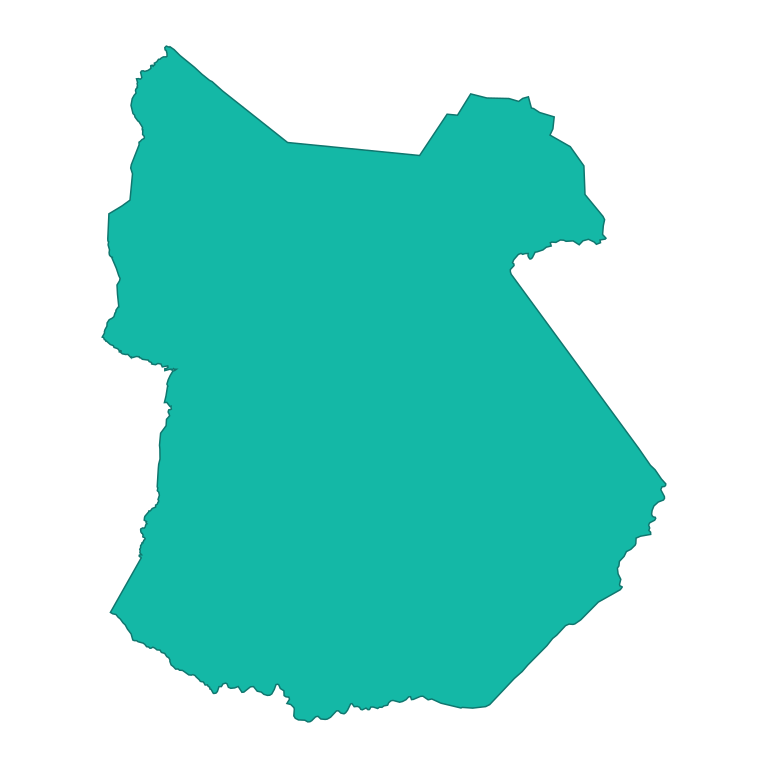 the district of Tapoa, Tapoa, Burkina Faso
{"feature_id": "67063806B60723724569169", "entity_name": "Tapoa", "entity_type": "district", "adm_level": 2, "iso_a3": "BFA", "parent_name": "Burkina Faso", "parent_adm1": "Tapoa", "projection": "mercator", "projection_center": [1.463, 12.115], "detail": "fine", "context": "isolated", "style": "filled", "palette": "teal", "viewbox_px": 768, "rotation_deg": 0, "n_neighbors": 0, "source": "geoboundaries", "source_scale": "gbopen_adm2", "svg_char_len": 6078}
<svg xmlns="http://www.w3.org/2000/svg" viewBox="0 0 768 768"><path d="M141.2,557.9L110.4,612.4L112.7,613.8L116.0,614.5L118.1,617.2L120.2,618.9L123.0,622.8L125.3,625.0L127.4,629.0L131.1,633.9L132.8,640.0L134.2,640.6L136.7,640.7L138.0,641.7L143.1,643.1L144.8,644.3L146.6,646.7L148.5,646.9L149.9,648.2L151.0,648.2L152.8,647.2L154.5,647.9L157.0,649.9L160.0,650.1L161.4,652.4L164.7,653.4L166.8,656.6L168.7,657.7L169.9,659.8L169.9,661.5L171.1,664.9L173.4,666.7L175.6,669.1L178.1,669.0L179.5,670.2L182.5,670.4L188.8,674.9L191.4,675.1L192.9,674.6L195.0,675.5L196.2,677.0L199.2,679.7L200.0,681.0L201.0,681.6L202.9,681.8L203.7,682.4L205.1,685.0L207.5,684.9L208.1,686.3L209.6,687.2L210.0,689.1L211.0,689.3L213.2,693.2L213.8,693.5L216.0,693.1L217.4,691.5L219.0,686.6L221.4,686.6L223.0,683.9L225.6,683.1L227.0,683.8L228.4,687.3L230.8,688.3L234.7,687.9L238.2,686.5L241.9,692.3L243.9,692.1L250.5,686.8L253.5,686.6L257.2,691.2L261.3,692.1L263.8,694.3L267.4,695.4L269.8,695.2L271.8,693.9L274.3,689.4L276.0,684.6L277.7,684.2L278.8,684.9L280.3,688.5L283.9,690.8L284.1,695.6L285.9,696.8L288.9,697.2L289.5,699.2L286.9,703.5L290.8,704.5L293.9,707.6L294.3,709.1L293.8,715.9L295.3,718.3L298.4,719.9L304.8,720.2L307.8,721.9L310.0,721.7L311.7,720.7L315.6,716.8L318.0,716.3L320.8,719.0L325.2,719.4L327.3,719.1L330.6,717.2L336.5,710.9L338.4,710.8L340.9,713.1L344.0,713.8L345.6,712.8L347.5,710.3L350.6,703.9L352.0,703.6L354.2,706.7L357.5,706.4L359.5,707.3L360.8,709.4L362.3,709.8L366.0,708.1L368.0,709.7L369.5,709.5L370.8,707.1L373.2,707.0L377.7,708.5L379.4,707.2L382.0,707.3L383.9,705.9L387.6,705.2L388.7,702.7L390.9,700.8L393.0,700.4L399.6,702.2L402.5,701.5L406.0,699.7L408.7,696.8L410.5,696.7L411.5,699.6L413.4,699.4L420.4,696.4L422.9,696.2L428.1,699.8L431.8,699.0L441.0,703.2L461.0,708.0L462.2,707.4L472.7,708.1L485.7,706.6L489.7,704.6L514.3,678.5L522.3,671.4L527.9,664.9L546.9,645.7L552.6,638.5L556.8,635.1L565.5,625.7L569.0,624.1L573.0,624.4L574.9,623.9L580.7,619.9L598.3,602.1L620.3,589.7L622.1,587.3L622.1,586.8L619.9,585.8L619.5,584.4L620.8,579.3L618.1,573.9L617.4,568.1L618.9,566.0L619.4,561.4L624.1,556.4L626.4,551.6L630.9,549.3L635.2,545.1L635.8,543.6L636.1,538.1L640.5,536.2L650.7,534.4L650.6,532.2L648.8,530.3L649.7,528.0L648.6,525.0L649.7,522.8L654.7,520.2L655.7,518.4L655.3,517.3L653.3,516.9L652.1,515.7L651.6,514.0L652.1,510.5L653.9,506.0L658.3,502.0L663.5,500.0L664.5,498.4L664.4,496.5L660.8,489.7L662.0,486.8L664.4,486.5L665.5,485.6L665.8,483.9L661.4,479.0L655.1,469.8L650.4,465.3L639.0,448.8L511.2,274.3L510.4,271.9L510.3,269.6L514.0,265.6L513.9,264.0L512.5,262.7L513.8,259.7L518.4,254.4L521.0,253.4L522.7,254.3L525.0,253.6L528.2,253.5L528.0,255.6L528.3,256.7L529.7,258.9L530.8,259.0L532.3,257.8L535.1,252.2L537.0,251.9L543.0,249.9L546.3,247.2L551.2,246.0L550.3,242.7L551.7,242.1L555.9,242.4L560.3,240.0L563.7,240.2L566.0,241.3L573.1,240.9L579.2,244.8L583.0,240.8L588.5,239.3L594.1,242.0L596.4,244.3L600.5,242.7L600.0,240.0L605.2,239.1L606.0,238.2L602.6,234.5L603.3,225.8L604.6,219.7L603.0,216.4L585.0,194.5L583.9,165.9L570.3,146.7L550.0,135.1L552.9,128.9L554.2,116.9L539.6,112.5L533.7,108.6L531.4,108.0L528.4,96.8L522.7,98.4L518.7,101.4L508.9,98.5L486.9,98.0L470.7,93.9L457.5,115.2L447.1,114.2L419.6,155.5L287.6,142.5L222.5,90.9L212.1,81.6L209.6,80.4L201.9,74.2L194.6,67.4L180.0,55.5L174.1,49.6L169.9,46.7L169.3,47.2L166.3,46.1L164.8,47.6L165.1,49.9L166.2,50.5L167.0,53.6L167.0,56.3L166.5,56.8L163.3,56.9L161.1,58.1L160.1,59.2L158.5,59.3L156.7,61.9L154.3,63.2L154.8,64.7L153.9,65.3L152.7,65.3L152.9,66.1L151.2,65.4L150.7,65.8L150.9,68.4L148.0,70.4L144.8,71.4L143.3,70.8L141.5,71.0L140.6,72.4L141.8,77.5L141.2,78.5L140.2,79.2L138.7,78.6L136.5,78.8L137.6,82.6L137.1,83.4L137.5,86.0L137.0,87.0L137.4,87.5L135.8,89.2L135.5,90.6L136.0,93.1L134.1,95.3L132.2,98.7L131.0,105.4L133.0,113.6L134.5,115.0L135.0,117.1L137.9,121.0L138.9,121.6L142.5,127.4L142.2,129.0L142.3,129.8L142.8,129.8L142.6,134.5L144.2,136.3L144.3,137.7L144.1,138.5L142.0,139.5L140.1,141.5L139.0,142.2L139.1,144.8L131.3,164.7L130.7,168.1L132.5,173.8L130.0,200.1L121.7,206.1L108.9,213.8L107.8,238.7L107.9,241.0L108.6,241.7L108.1,244.9L109.5,249.8L109.1,252.7L109.4,254.9L110.6,256.5L112.3,257.3L111.9,257.9L116.4,268.5L118.7,275.5L120.1,278.5L119.5,280.9L117.0,285.0L117.5,294.3L118.8,306.9L118.1,307.1L116.0,310.1L115.8,311.9L115.0,313.0L113.9,316.7L112.1,318.2L109.2,319.7L107.1,322.9L106.9,326.2L105.0,329.6L104.4,331.6L104.5,333.0L102.2,337.1L103.7,337.7L104.3,339.6L105.5,340.1L105.9,341.2L106.5,341.1L110.3,344.5L113.3,345.6L114.0,347.4L117.7,348.7L119.4,350.8L119.2,351.8L119.8,352.0L120.5,350.7L121.2,351.0L120.9,352.6L122.3,353.8L125.6,354.5L127.9,354.4L131.0,357.6L131.0,357.0L131.4,356.9L132.5,357.6L136.2,356.5L139.2,356.7L139.2,357.3L139.8,357.8L140.6,357.9L142.4,359.3L148.2,360.1L149.2,361.6L150.9,362.2L151.6,362.8L151.6,363.9L152.5,364.2L155.6,364.7L157.8,363.5L160.9,364.0L162.3,366.9L167.7,365.9L168.0,367.5L166.2,368.6L164.8,368.8L164.8,370.6L170.1,369.2L171.2,369.2L171.3,369.9L172.3,369.9L173.5,368.6L174.3,369.3L176.3,369.3L174.8,370.4L172.8,371.2L170.2,375.5L168.2,379.8L166.9,384.1L167.9,386.2L167.5,386.6L166.0,395.9L164.4,402.6L166.8,402.4L169.9,406.4L171.1,406.2L170.9,407.0L171.4,409.1L170.4,409.6L168.9,409.7L168.2,411.3L168.3,412.7L168.9,413.3L169.6,415.8L166.5,419.3L166.1,425.7L160.6,433.2L159.5,445.3L159.9,449.0L160.0,459.1L158.7,464.2L158.3,468.5L157.2,486.9L157.8,487.9L157.3,490.7L158.7,492.1L159.4,495.2L158.0,499.5L158.6,500.6L158.5,501.9L157.9,502.3L157.3,504.1L155.6,505.1L155.6,507.1L152.2,508.5L150.4,510.8L148.8,511.0L148.7,511.8L144.9,516.3L144.5,517.6L144.2,520.2L146.5,521.5L146.0,522.1L146.2,522.8L146.9,523.7L146.4,523.8L145.7,525.0L145.1,527.2L144.2,528.2L142.8,527.9L140.8,528.9L140.6,529.6L140.9,532.0L141.8,533.3L142.3,533.4L143.1,535.1L142.8,536.3L143.1,537.2L144.4,537.5L145.1,538.5L144.7,539.6L143.7,540.3L143.6,541.1L142.7,542.4L142.8,542.8L142.0,542.8L141.7,544.2L140.6,545.6L140.6,547.8L139.7,549.3L140.2,550.7L139.9,552.8L141.6,554.8L139.4,555.0L139.2,555.6L139.1,556.0L139.8,556.8L140.7,557.1L141.2,557.9Z" fill="#14b8a6" stroke="#0f766e" stroke-width="1.5"/></svg>